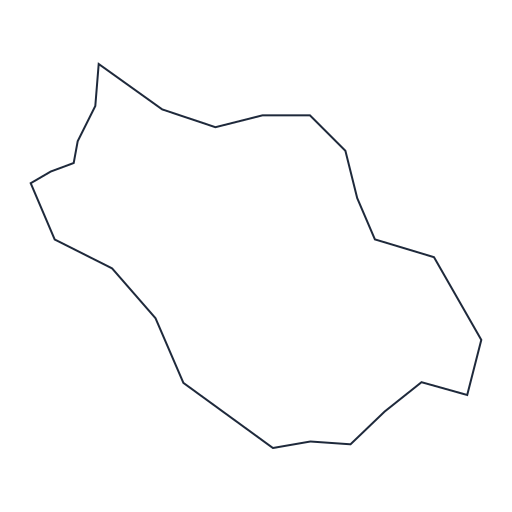 the District of Mitooma
{"feature_id": "UGA-5622", "entity_name": "Mitooma", "entity_type": "District", "adm_level": 1, "iso_a3": "UGA", "parent_name": "Uganda", "parent_adm1": "", "projection": "orthographic", "projection_center": [30.044, -0.633], "detail": "fine", "context": "isolated", "style": "outline", "palette": "slate", "viewbox_px": 512, "rotation_deg": 0, "n_neighbors": 0, "source": "natural_earth", "source_scale": "10m", "svg_char_len": 431}
<svg xmlns="http://www.w3.org/2000/svg" viewBox="0 0 512 512"><path d="M467.2,395.0L421.5,382.2L384.7,411.5L350.5,444.3L310.4,441.5L272.9,448.0L183.4,382.9L155.5,318.2L112.1,268.4L54.7,239.5L30.7,183.2L50.8,171.5L73.7,163.0L77.7,141.2L95.3,106.0L98.7,64.0L162.2,109.4L215.4,127.2L262.6,115.3L309.9,115.3L345.4,150.8L357.2,198.1L374.9,239.4L434.0,257.2L481.3,339.9L467.2,395.0Z" fill="none" stroke="#1e293b" stroke-width="2"/></svg>